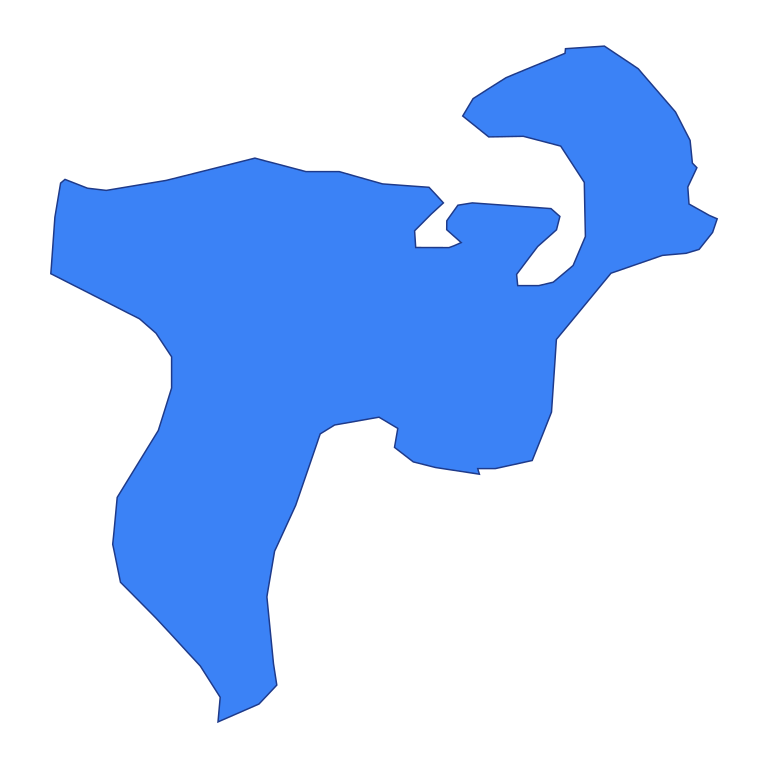 outline of Zoe-Gbao, Nimba, Liberia
{"feature_id": "62588387B27641742881305", "entity_name": "Zoe-Gbao", "entity_type": "district", "adm_level": 2, "iso_a3": "LBR", "parent_name": "Liberia", "parent_adm1": "Nimba", "projection": "albers", "projection_center": [-8.687, 6.996], "detail": "fine", "context": "isolated", "style": "filled", "palette": "blue", "viewbox_px": 768, "rotation_deg": 0, "n_neighbors": 0, "source": "geoboundaries", "source_scale": "gbopen_adm2", "svg_char_len": 1925}
<svg xmlns="http://www.w3.org/2000/svg" viewBox="0 0 768 768"><path d="M479.4,474.2L477.7,468.6L492.0,468.6L495.3,468.6L505.3,466.4L532.2,460.5L543.4,432.6L551.5,412.1L554.6,366.4L556.4,339.4L578.1,313.1L611.0,273.2L662.4,255.4L669.0,254.8L686.1,253.3L699.1,249.4L712.6,232.4L717.2,218.8L709.3,215.4L689.0,204.0L687.8,187.0L696.9,167.7L692.4,163.1L690.1,140.4L683.9,128.4L680.5,121.7L675.5,112.0L670.0,105.6L642.6,73.9L638.3,68.8L634.0,65.9L604.4,46.1L569.8,48.4L565.5,48.7L565.0,53.3L562.6,54.3L515.5,73.7L506.0,77.7L488.4,88.8L473.1,98.6L462.7,116.0L488.7,136.9L502.2,136.7L506.5,136.6L523.3,136.3L531.4,138.4L560.7,146.1L574.5,167.3L584.3,182.4L584.7,203.3L585.4,236.5L573.1,265.5L564.7,272.6L553.2,282.2L538.8,285.6L517.7,285.6L516.6,274.4L529.4,257.4L537.7,246.5L556.5,229.8L559.9,216.4L558.7,215.4L551.0,208.6L497.2,204.7L472.3,202.9L457.9,205.2L448.3,218.6L446.8,220.8L446.7,229.7L461.2,242.6L453.9,245.8L449.0,247.6L415.7,247.5L415.5,244.6L414.6,230.8L431.3,214.0L443.4,202.9L436.4,195.2L429.0,187.3L404.2,185.5L382.5,183.9L379.0,182.9L354.6,176.0L339.2,171.6L338.4,171.6L305.9,171.6L287.8,166.8L271.5,162.5L265.6,161.0L254.9,158.1L215.3,168.1L171.0,179.2L166.2,180.4L146.4,183.7L106.3,190.4L87.5,188.2L65.0,179.4L60.6,183.1L54.9,217.2L51.4,266.1L50.8,273.7L94.1,295.7L127.6,312.8L139.5,318.8L156.1,333.3L157.0,334.7L171.6,356.8L171.6,363.1L171.6,388.0L164.7,410.2L158.3,430.5L148.2,446.9L117.2,497.4L115.8,512.4L113.9,532.6L113.1,540.4L112.7,544.3L113.9,549.9L120.5,582.3L128.0,589.8L155.9,618.0L171.8,635.1L188.2,653.0L200.3,666.0L220.2,697.3L218.0,721.9L259.0,704.0L270.5,691.8L276.8,685.1L273.5,663.8L270.3,631.4L266.9,596.9L267.6,592.4L274.6,551.1L276.1,548.0L281.2,536.9L295.7,505.3L307.9,469.8L317.5,441.8L318.2,439.6L320.2,433.9L334.6,425.0L368.6,419.0L379.0,417.2L397.8,428.4L394.5,447.4L405.4,455.8L413.3,461.9L435.5,467.5L444.6,468.9L479.4,474.2Z" fill="#3b82f6" stroke="#1e3a8a" stroke-width="1.5"/></svg>